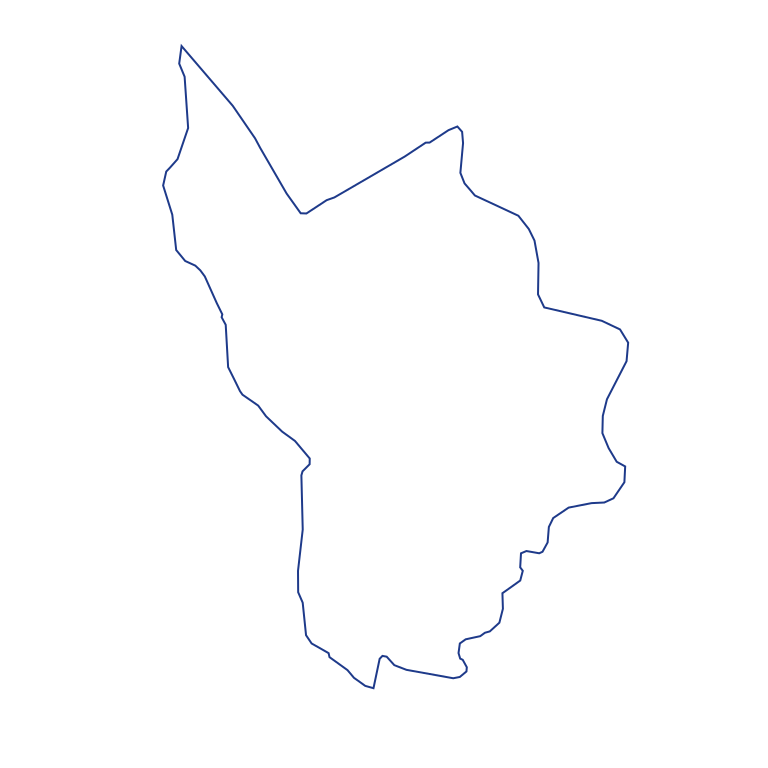 outline of Santa Catarina Pinula, Guatemala, rotated 279°
{"feature_id": "79465075B31337947825966", "entity_name": "Santa Catarina Pinula", "entity_type": "district", "adm_level": 2, "iso_a3": "GTM", "parent_name": "Guatemala", "parent_adm1": "", "projection": "albers", "projection_center": [-90.471, 14.567], "detail": "fine", "context": "isolated", "style": "outline", "palette": "blue", "viewbox_px": 768, "rotation_deg": 279, "n_neighbors": 0, "source": "geoboundaries", "source_scale": "gbopen_adm2", "svg_char_len": 1530}
<svg xmlns="http://www.w3.org/2000/svg" viewBox="0 0 768 768"><g transform="rotate(279 384 384)"><path d="M571.2,490.4L584.4,444.3L589.9,437.9L594.7,432.2L604.5,426.4L634.3,424.4L645.3,421.7L649.8,416.2L644.8,408.0L629.6,391.3L628.9,387.4L611.9,368.9L560.5,305.8L556.6,298.6L540.3,280.7L539.6,275.0L556.9,258.0L597.8,224.8L606.5,218.2L635.1,191.1L686.1,131.2L668.4,131.6L656.3,139.0L606.2,150.5L573.8,144.9L564.4,138.9L559.8,135.7L545.5,134.8L518.1,148.4L483.8,157.8L474.4,168.4L471.4,179.1L467.5,184.8L462.2,190.2L437.7,206.2L427.5,213.4L424.5,213.2L417.7,218.4L376.3,227.4L365.1,235.4L354.4,242.9L351.3,245.9L343.0,263.1L333.6,272.6L321.0,290.9L313.8,305.0L298.8,322.3L293.1,323.1L285.0,317.2L280.8,316.7L227.5,326.5L186.0,328.3L164.9,331.8L155.3,337.9L123.7,346.3L116.4,353.1L109.5,371.4L105.7,372.9L95.7,392.7L89.1,400.3L82.9,412.7L81.9,421.2L111.9,422.7L115.2,425.0L115.1,429.3L107.9,438.2L105.2,450.9L104.2,498.4L106.5,504.7L113.0,510.4L117.2,510.1L123.9,504.9L124.7,502.2L129.9,499.7L139.6,499.5L144.6,504.6L150.0,518.5L154.1,522.6L156.2,527.2L166.3,535.3L180.6,536.6L195.9,533.7L199.4,537.3L211.2,549.3L221.2,550.3L224.2,547.2L238.2,545.8L241.3,550.8L241.1,563.8L243.1,566.8L253.1,570.4L268.6,569.2L278.1,572.1L290.8,585.7L298.8,607.6L301.4,620.1L307.0,628.5L324.6,636.8L340.3,635.1L343.6,626.0L355.8,615.9L369.6,607.4L386.7,605.1L403.8,606.6L444.5,620.0L463.0,618.7L474.8,608.6L480.5,589.2L484.7,530.3L496.6,522.1L527.7,517.7L549.2,510.2L559.7,502.8L571.2,490.4Z" fill="none" stroke="#1e3a8a" stroke-width="2"/></g></svg>